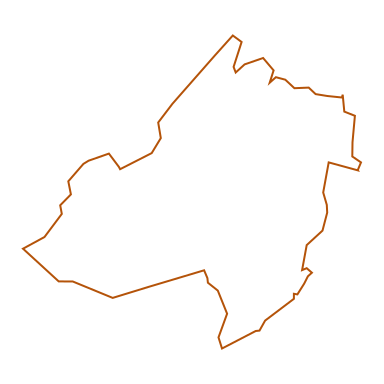 Morris, New Jersey, United States of America (orthographic projection)
{"feature_id": "52423323B19000754742578", "entity_name": "Morris", "entity_type": "district", "adm_level": 2, "iso_a3": "USA", "parent_name": "United States of America", "parent_adm1": "New Jersey", "projection": "orthographic", "projection_center": [-74.508, 40.868], "detail": "fine", "context": "isolated", "style": "outline", "palette": "amber", "viewbox_px": 384, "rotation_deg": 0, "n_neighbors": 0, "source": "geoboundaries", "source_scale": "gbopen_adm2", "svg_char_len": 927}
<svg xmlns="http://www.w3.org/2000/svg" viewBox="0 0 384 384"><path d="M23.0,248.7L58.7,281.4L72.8,281.5L112.7,297.9L149.2,286.7L163.3,282.5L204.1,270.3L207.4,278.1L207.9,282.7L217.8,290.6L227.1,313.7L218.5,337.4L222.0,348.5L255.7,331.0L259.5,330.6L265.1,320.6L293.9,298.8L293.9,293.8L297.4,294.4L304.2,283.6L307.9,276.3L311.9,272.7L306.7,268.2L302.1,270.1L306.7,245.1L322.5,230.6L327.2,212.6L326.8,204.9L323.2,192.5L328.7,162.4L358.0,170.4L357.8,170.0L361.0,162.4L352.3,156.5L352.5,142.3L354.9,115.8L344.3,111.6L342.7,94.7L341.9,97.5L327.3,96.0L315.6,94.1L308.7,87.6L294.4,88.2L285.3,79.7L275.9,77.2L269.7,82.7L273.6,70.4L263.1,58.0L244.6,64.4L235.7,72.5L233.6,66.9L241.6,42.0L232.8,35.5L215.2,55.1L172.5,103.7L158.2,122.5L160.8,138.1L151.7,153.1L120.1,169.2L118.9,166.9L108.9,153.6L88.6,160.7L83.4,163.9L68.3,181.3L70.9,194.4L60.2,205.3L61.8,213.9L44.5,237.0L23.0,248.7Z" fill="none" stroke="#b45309" stroke-width="2"/></svg>